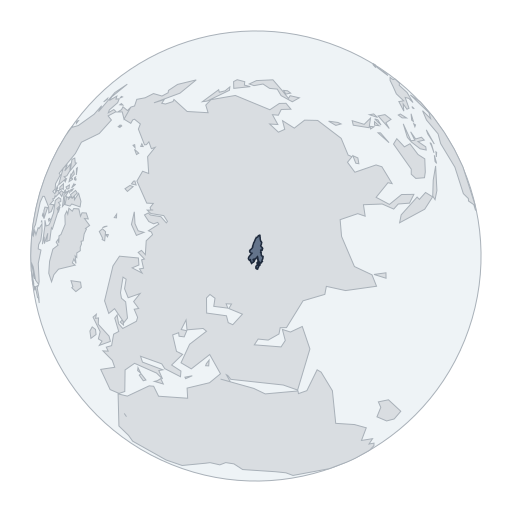 globe centered on Kyrgyzstan, rotated 292°
{"feature_id": "KGZ", "entity_name": "Kyrgyzstan", "entity_type": "country or territory", "adm_level": 0, "iso_a3": "KGZ", "parent_name": "Asia", "parent_adm1": "", "projection": "orthographic", "projection_center": [73.132, 41.224], "detail": "fine", "context": "on_globe", "style": "filled", "palette": "slate", "viewbox_px": 512, "rotation_deg": 292, "n_neighbors": 0, "source": "natural_earth", "source_scale": "50m", "svg_char_len": 14950}
<svg xmlns="http://www.w3.org/2000/svg" viewBox="0 0 512 512"><g transform="rotate(292 256 256)"><circle cx="256" cy="256" r="225" fill="#eef3f6" stroke="#a8b0b8"/><path d="M302.6,35.6L302.0,35.5L299.4,34.9L302.6,35.6ZM297.3,34.5L296.7,34.5L302.2,35.8L306.0,36.8L310.4,42.4L326.8,52.8L337.5,56.6L330.9,55.9L354.7,63.9L367.1,72.3L349.7,62.7L345.3,61.8L352.1,67.1L349.0,67.4L350.5,70.3L346.3,70.3L336.5,65.3L333.5,65.4L338.5,69.3L337.4,72.2L330.5,66.4L327.9,71.0L310.9,64.8L296.1,51.5L283.3,50.1L259.0,42.5L257.9,44.2L247.9,43.1L242.8,44.7L239.8,43.4L238.4,46.0L242.2,47.0L242.8,48.5L240.2,49.8L235.8,48.1L236.5,47.2L233.8,47.4L232.8,46.1L231.8,47.4L226.8,45.6L227.8,49.3L220.5,49.5L218.3,47.8L223.7,45.4L232.0,37.5L231.5,36.0L225.2,35.7L202.4,39.8L199.6,39.6L192.0,41.0L191.1,42.0L196.8,41.3L193.3,44.0L200.6,43.4L200.2,44.6L205.6,45.5L199.2,48.2L190.0,50.6L185.2,50.2L181.0,51.4L181.0,54.4L167.6,56.9L151.1,64.5L148.3,65.1L150.9,60.8L162.5,53.5L165.9,50.0L157.9,55.4L150.9,57.8L147.4,59.7L144.4,61.7L144.8,62.2L141.3,63.9L147.8,58.7L151.1,57.0L149.0,58.5L154.4,55.4L158.8,52.8L157.3,53.5L171.9,47.0L186.9,41.6L202.3,37.2L217.9,34.0L233.7,31.8L249.6,30.8L265.6,30.9L281.5,32.2L297.3,34.5ZM308.2,37.4L302.6,35.9L298.7,34.8L303.8,35.9L308.2,37.4ZM315.0,40.7L311.6,39.8L312.9,39.2L314.4,39.9L315.0,40.7ZM345.8,59.5L341.8,57.0L346.7,59.4L345.8,59.5ZM351.5,70.7L353.6,71.5L353.5,72.7L351.5,70.7ZM208.8,44.0L207.3,44.7L207.1,44.2L208.8,44.0ZM212.7,43.9L213.5,42.7L215.5,42.5L214.9,43.2L212.7,43.9ZM346.9,74.1L346.1,76.1L345.2,73.1L346.9,74.1ZM211.1,45.4L218.8,42.3L222.3,42.0L222.9,44.6L211.1,45.4ZM344.5,76.8L342.7,82.3L347.2,84.2L333.4,82.4L339.5,78.0L337.7,73.8L341.3,76.5L344.5,76.8ZM244.5,46.8L240.4,45.8L246.2,45.6L244.5,46.8ZM248.1,46.3L265.3,44.3L270.0,46.8L263.3,46.8L271.5,49.4L265.4,51.5L259.5,50.6L257.6,48.4L256.7,50.9L248.1,46.3ZM326.1,80.7L324.2,81.5L324.3,79.8L326.1,80.7ZM243.5,49.2L246.5,48.4L250.9,50.4L245.6,52.4L245.9,51.1L243.5,49.2ZM276.6,49.2L278.9,51.3L274.6,53.5L274.9,54.7L265.6,51.8L276.6,49.2ZM243.6,51.2L242.8,53.4L238.4,53.6L240.8,50.1L243.6,51.2ZM254.3,50.2L256.1,51.3L253.3,51.3L254.3,50.2ZM222.1,56.4L225.7,55.1L228.2,55.9L222.1,56.4ZM242.8,54.2L244.4,54.1L245.8,54.4L244.4,55.9L242.8,54.2ZM263.2,53.7L261.0,54.3L266.8,55.0L263.8,56.9L258.2,54.8L259.3,56.5L258.4,57.2L254.9,54.8L263.2,53.7ZM247.2,58.3L239.0,56.7L231.9,58.8L229.4,58.0L241.3,54.9L247.2,58.3ZM252.0,56.4L248.5,57.3L247.2,55.7L248.8,54.0L252.0,56.4ZM263.8,59.1L269.9,56.7L270.9,57.3L263.8,59.1ZM245.4,59.2L247.4,59.6L245.0,59.5L245.4,59.2ZM258.4,59.4L260.4,58.4L261.6,59.1L258.4,59.4ZM249.8,61.4L247.1,60.8L248.1,59.5L249.8,61.4ZM253.9,60.7L255.0,62.0L250.1,59.5L254.7,60.1L253.9,60.7ZM259.2,60.3L260.5,60.3L258.2,60.6L259.2,60.3ZM247.5,66.7L241.0,63.8L243.3,61.0L249.2,64.1L247.5,66.7ZM102.2,420.6L99.1,417.6L86.1,403.4L66.4,372.5L66.2,365.0L63.3,354.9L53.0,323.6L55.0,313.4L53.1,305.3L48.8,300.7L47.2,290.8L45.0,286.9L34.1,266.0L33.2,249.0L38.1,211.0L41.9,205.1L47.0,192.6L76.5,179.8L77.9,189.2L95.6,205.6L96.9,209.9L89.5,218.2L98.5,245.9L107.7,241.6L121.1,260.4L133.5,267.2L147.3,250.0L127.1,238.3L128.9,226.5L149.3,227.5L167.7,238.3L169.0,234.1L161.7,219.7L170.5,215.1L159.8,214.2L160.8,219.8L154.1,219.7L152.8,214.7L155.9,213.0L151.6,208.3L137.8,218.0L137.3,224.8L123.3,218.6L121.2,229.5L115.8,231.2L117.4,213.6L120.7,209.0L119.8,186.5L115.1,190.5L115.6,212.3L113.4,208.8L107.0,215.4L110.2,207.7L111.0,183.6L101.3,177.3L81.2,185.1L77.3,180.5L77.5,170.8L92.7,154.5L99.9,166.7L105.4,161.9L110.7,149.6L112.4,154.6L115.4,151.3L118.8,155.7L130.2,153.3L134.6,157.0L145.5,148.3L149.3,149.3L141.7,154.0L138.9,159.6L150.7,169.6L154.8,169.2L161.0,163.0L163.4,166.9L167.9,159.6L177.8,162.6L169.4,153.1L176.4,146.4L185.8,144.3L186.6,140.6L171.2,144.1L166.4,147.1L164.7,152.3L150.3,160.1L144.9,158.5L154.2,144.6L147.6,141.0L157.7,132.4L193.2,127.1L204.7,129.5L210.1,147.7L203.8,150.8L198.6,145.6L197.5,156.8L200.4,152.8L202.5,156.3L209.6,151.4L211.4,153.7L215.2,145.4L218.3,147.7L215.8,152.9L229.0,148.5L237.0,152.1L239.1,150.0L239.1,146.8L249.2,154.0L250.3,152.2L247.5,149.1L247.8,143.7L252.3,137.2L255.6,140.0L254.4,142.7L256.8,153.1L253.1,160.4L254.9,161.0L258.9,155.3L256.0,142.6L257.8,137.9L260.1,143.5L259.4,141.1L261.3,139.7L266.3,141.1L264.1,134.9L280.9,117.5L292.1,119.1L292.3,125.6L307.5,118.3L319.0,121.8L316.3,118.8L321.7,113.9L318.2,112.7L317.3,111.0L329.6,99.4L335.1,99.3L337.3,92.1L336.0,90.7L332.1,90.2L333.4,82.4L347.2,84.2L349.6,87.2L356.6,86.8L361.2,94.0L368.2,100.1L369.1,108.9L374.5,113.4L376.7,112.8L385.7,119.0L396.9,134.6L378.5,124.5L359.8,104.0L366.6,112.3L362.3,111.4L363.0,115.1L368.1,121.2L370.4,121.3L364.2,138.0L370.9,157.9L377.1,152.9L384.1,155.7L397.1,176.7L396.8,214.1L406.2,220.5L408.8,226.6L405.2,233.4L401.3,224.5L394.9,224.0L393.2,218.3L386.1,227.0L383.5,219.2L379.2,230.4L384.2,235.2L391.4,229.9L388.9,243.6L400.2,250.2L404.8,262.4L397.0,290.9L384.1,303.6L384.0,307.8L377.2,305.7L370.7,316.3L385.4,333.2L385.9,339.3L374.1,355.1L373.4,350.9L355.4,345.4L353.8,360.4L367.5,367.9L372.3,379.3L362.5,378.5L357.5,368.4L351.1,366.1L351.5,353.6L343.8,336.4L333.8,342.3L333.4,334.5L321.2,320.4L306.2,328.0L283.1,351.2L282.0,370.6L273.1,379.1L257.5,352.0L254.2,332.6L246.2,334.2L232.1,316.4L201.0,311.1L198.6,305.3L192.3,306.5L182.6,298.8L179.8,289.1L173.0,287.7L181.1,313.3L188.6,314.8L197.8,308.0L198.4,316.4L208.0,325.3L190.0,340.8L147.3,344.8L146.6,329.6L132.2,278.8L134.6,274.7L134.7,274.1L134.8,273.0L129.8,279.3L128.6,269.3L132.4,303.5L131.6,316.2L146.6,345.5L144.3,346.9L150.2,353.6L173.4,355.3L172.7,359.9L159.7,377.3L130.7,392.6L136.6,410.4L138.0,422.6L124.5,422.9L130.3,432.5L124.0,431.2L126.7,435.5L124.3,436.4L118.5,434.1L106.0,424.1L102.2,420.6ZM60.7,192.8L58.5,196.1L60.7,192.8ZM183.6,260.2L197.0,265.2L197.1,250.5L202.3,251.3L200.5,246.2L197.1,249.4L193.5,235.7L201.5,233.8L203.1,227.7L198.6,225.8L184.6,231.6L189.5,251.0L183.8,255.2L183.6,260.2ZM150.6,58.1L149.9,58.6L146.5,60.7L147.2,59.9L150.6,58.1ZM136.7,70.0L131.2,72.6L135.6,70.0L135.6,69.1L144.7,63.0L147.3,65.2L144.5,65.1L136.7,70.0ZM157.7,56.1L151.6,59.3L158.2,55.7L157.7,56.1ZM128.9,130.7L127.8,134.7L123.3,137.1L117.8,133.8L124.2,130.1L128.9,130.7ZM127.4,139.9L138.3,127.8L142.2,129.8L138.1,130.6L139.6,133.2L133.6,135.3L126.7,149.7L122.3,153.0L114.4,144.2L119.4,145.1L120.1,140.9L127.4,139.9ZM159.0,97.7L163.8,93.7L166.1,103.1L161.4,105.8L155.5,102.3L157.6,97.1L159.0,97.7ZM210.7,51.0L212.3,49.8L213.5,50.2L213.1,51.5L210.7,51.0ZM223.6,55.7L204.7,57.1L205.6,55.7L193.4,58.9L191.1,56.5L199.1,54.4L188.2,55.2L194.5,52.3L186.9,53.5L204.9,49.0L210.1,46.9L205.2,50.1L207.1,52.3L209.5,52.6L220.2,52.1L232.4,49.1L236.3,51.2L235.8,53.6L233.4,54.6L231.7,52.8L229.8,55.5L225.5,53.7L223.6,55.7ZM227.5,86.6L226.5,82.9L222.0,90.3L217.6,87.6L217.4,88.7L212.1,88.4L205.3,90.0L204.1,88.3L201.9,89.7L198.4,89.7L195.1,91.1L191.7,88.7L187.4,90.4L188.3,88.3L181.7,91.9L185.1,88.2L180.8,88.3L179.8,91.8L169.8,77.8L163.0,75.6L155.5,76.1L162.4,70.3L173.8,66.6L186.3,65.1L191.9,68.4L194.0,65.5L197.3,66.3L194.3,68.2L200.9,65.8L202.8,67.1L213.9,67.2L222.3,63.5L226.6,63.7L224.3,65.8L230.2,64.6L228.7,68.9L231.7,69.2L233.3,74.1L227.1,78.4L230.9,78.5L232.3,82.5L227.5,86.6ZM247.6,68.1L241.1,73.2L235.6,74.5L235.2,65.7L232.6,64.8L232.1,59.7L240.3,58.1L239.6,59.7L240.9,60.8L237.9,60.8L241.3,61.7L240.6,64.0L243.0,65.4L240.2,66.6L247.6,68.1ZM101.7,208.8L103.3,211.1L106.6,213.6L102.6,218.0L101.7,208.8ZM101.8,192.4L103.8,193.5L99.8,200.4L98.1,198.2L101.8,192.4ZM108.3,188.4L104.2,193.0L105.4,189.2L108.3,188.4ZM143.9,154.8L146.4,155.8L145.3,157.5L142.4,159.0L143.9,154.8ZM213.4,110.0L213.6,107.2L215.2,106.9L220.0,101.5L223.7,103.4L222.2,107.4L213.4,110.0ZM141.9,251.5L136.4,253.3L135.4,250.4L137.5,250.3L141.9,251.5ZM117.0,235.5L121.1,241.8L115.9,236.7L117.0,235.5ZM218.1,111.1L219.7,108.6L220.5,111.1L218.1,111.1ZM226.6,104.5L228.1,107.0L224.7,103.0L226.6,104.5ZM245.1,481.0L245.4,481.0L245.1,481.0ZM172.3,432.7L166.3,448.4L156.7,445.2L152.0,438.9L152.2,428.4L162.4,428.4L166.6,424.1L172.3,432.7ZM415.4,386.1L420.0,383.8L419.7,384.7L415.4,386.1ZM410.7,386.6L416.2,383.6L409.5,388.8L410.7,386.6ZM418.3,382.4L423.9,377.5L426.3,374.8L425.7,376.6L418.3,382.4ZM406.8,388.8L384.5,399.2L375.3,400.9L377.8,397.4L392.7,391.9L406.8,388.8ZM377.0,397.6L362.6,394.9L340.6,376.7L348.5,375.2L371.0,383.3L369.7,386.3L378.4,389.4L377.0,397.6ZM410.8,368.2L409.3,376.1L397.3,381.5L391.7,382.9L387.8,375.1L390.0,369.3L394.7,367.4L411.3,341.6L417.5,342.6L412.8,352.7L417.7,356.7L410.8,368.2ZM283.1,372.3L289.1,382.8L284.1,384.9L283.1,372.3ZM416.8,325.3L410.9,336.9L415.9,323.0L416.8,325.3ZM419.0,313.2L420.0,317.0L416.7,314.7L419.0,313.2ZM385.1,313.7L380.1,316.8L379.4,313.8L385.3,308.2L385.1,313.7ZM408.2,272.8L410.5,281.9L410.3,285.4L407.0,281.1L408.2,272.8ZM251.4,126.6L240.6,131.7L235.2,137.3L236.0,143.3L230.3,137.4L238.6,128.7L251.4,126.6ZM276.9,118.2L276.2,113.5L279.5,114.4L280.2,115.6L276.9,118.2ZM274.3,116.1L267.7,112.6L269.3,109.3L274.2,112.7L274.3,116.1ZM242.6,111.1L239.1,112.4L238.5,110.2L242.6,111.1ZM416.3,414.3L386.1,439.4L380.4,442.6L385.2,438.7L386.6,432.4L388.8,431.4L391.5,424.9L412.9,407.1L429.4,385.1L437.5,379.0L445.9,363.2L453.1,356.0L448.8,366.4L453.7,362.6L463.2,338.7L460.4,350.8L451.5,368.0L441.1,384.4L429.3,399.9L416.3,414.3ZM426.6,379.4L433.5,369.6L436.8,366.6L426.6,379.4ZM478.3,292.6L478.2,293.0L478.3,292.4L478.3,292.2L478.3,292.6ZM470.9,316.9L472.2,318.6L470.0,324.2L467.9,324.9L464.2,334.8L457.1,344.1L459.4,338.6L458.9,334.9L450.3,342.5L448.6,341.0L452.1,335.5L445.7,338.8L452.7,330.6L455.2,334.8L458.9,325.4L464.5,319.6L469.1,314.5L471.9,313.4L470.9,316.9ZM451.9,345.7L453.0,344.6L451.8,347.6L451.9,345.7ZM477.8,293.3L478.1,293.6L477.9,294.7L477.7,295.7L477.8,293.3ZM472.7,310.7L476.1,298.1L476.7,296.5L474.3,307.6L472.7,310.7ZM475.7,296.1L476.9,293.6L477.2,295.0L476.9,296.5L475.7,296.1ZM437.7,352.7L437.3,354.8L435.3,354.9L437.7,352.7ZM440.3,349.4L446.0,346.5L439.7,351.5L440.3,349.4ZM420.9,356.5L422.8,359.9L429.1,352.8L424.3,360.2L428.1,364.9L426.5,368.6L422.8,363.3L420.8,372.5L418.0,374.1L416.9,368.0L419.9,357.4L422.7,351.9L433.7,343.0L420.9,356.5ZM440.4,343.9L438.8,339.7L440.0,335.1L441.7,336.6L440.4,343.9ZM433.3,330.0L428.2,326.5L424.1,331.8L431.6,316.8L435.4,322.6L433.3,330.0ZM427.9,318.0L424.2,322.9L427.6,314.7L427.9,318.0ZM422.9,321.3L421.7,316.9L425.0,315.5L422.9,321.3ZM430.0,316.8L429.5,308.3L431.8,311.9L430.0,316.8ZM418.6,307.0L426.8,310.5L417.3,312.8L413.7,297.2L417.5,294.5L418.6,307.0ZM420.0,227.1L417.3,223.0L419.9,219.5L421.0,223.3L420.0,227.1ZM425.7,205.7L419.7,217.3L414.3,227.1L417.4,227.6L418.9,236.9L412.6,231.9L414.1,219.2L418.7,213.2L416.5,205.8L418.1,198.1L413.2,190.3L413.0,185.3L418.8,190.7L425.7,205.7ZM410.9,187.3L403.1,172.6L409.3,169.9L412.4,172.5L413.4,180.3L410.1,181.2L410.9,187.3ZM403.0,168.4L399.7,169.3L381.3,152.6L379.0,148.5L396.2,159.1L394.1,160.6L397.5,165.4L403.0,168.4ZM326.3,82.8L324.4,81.6L326.8,81.8L326.3,82.8ZM315.2,110.4L314.4,108.1L317.3,108.1L315.2,110.4ZM313.8,101.8L311.1,103.3L312.6,100.5L313.8,101.8ZM305.3,107.2L309.4,103.4L307.4,108.8L305.3,107.2Z" fill="#d9dde1" stroke="#a8b0b8" stroke-width="1"/><path d="M249.5,259.8L249.6,259.7L249.9,259.7L250.5,259.6L251.0,259.8L251.3,259.9L251.5,259.9L251.6,260.0L251.9,260.0L252.1,259.9L252.3,259.8L252.5,259.8L252.5,259.7L253.0,259.1L253.3,259.0L253.7,259.2L253.8,259.1L253.7,258.8L253.7,258.7L253.8,258.6L254.3,258.7L254.6,258.6L254.9,258.4L255.9,257.7L256.0,257.6L255.6,257.4L255.4,257.5L255.2,257.5L255.1,257.4L254.6,257.4L254.1,256.9L253.9,256.8L253.7,256.7L253.3,256.8L253.2,256.8L253.2,256.6L253.2,256.4L253.1,256.2L252.8,256.2L252.5,256.1L252.3,256.1L252.2,255.6L252.1,255.4L252.1,255.2L251.9,255.2L251.8,254.8L251.7,254.7L251.5,254.9L251.5,255.1L251.5,255.4L251.4,255.5L251.2,255.6L250.9,255.5L250.9,256.3L250.6,256.2L250.3,256.3L250.0,256.2L249.8,256.1L249.6,256.0L249.3,255.9L249.1,255.8L248.9,255.2L248.7,255.0L248.2,255.1L247.6,254.8L247.4,254.7L248.1,253.9L248.5,253.5L248.7,253.3L249.0,253.2L249.3,252.8L249.4,252.7L249.5,252.7L249.9,252.6L250.5,252.2L250.4,252.1L250.2,251.9L249.9,251.8L249.7,251.8L249.5,251.7L249.7,251.2L249.8,251.1L249.9,250.8L250.1,250.6L250.3,250.3L250.6,250.0L251.1,249.8L251.3,249.9L251.6,249.8L252.0,249.7L253.2,249.9L253.5,250.0L254.3,250.3L254.7,250.3L254.9,250.4L255.0,250.6L256.2,250.9L256.4,251.0L256.5,251.1L256.8,251.3L257.0,251.3L256.8,250.6L256.9,250.2L257.2,249.0L257.4,248.8L257.7,248.7L258.2,248.5L258.3,248.2L258.7,248.3L258.9,248.2L259.0,248.2L259.5,248.3L260.3,248.8L260.8,249.1L261.5,249.3L262.4,249.6L263.2,249.6L263.3,249.6L263.6,249.2L263.8,249.1L264.1,249.2L264.9,249.2L265.7,249.1L266.1,249.1L267.0,248.9L267.3,248.9L267.8,249.1L268.2,249.1L268.5,249.1L268.9,249.1L269.4,249.1L270.1,249.2L270.8,249.1L271.1,249.1L271.5,249.1L271.9,249.2L272.3,249.3L272.6,249.4L272.8,249.4L273.1,249.4L273.3,249.3L273.5,249.7L273.8,249.9L274.0,250.2L274.2,250.4L274.4,250.5L274.7,250.5L275.3,250.5L275.7,250.6L276.1,251.0L276.6,251.4L276.6,251.6L276.7,251.9L276.6,252.0L275.8,252.1L275.6,252.2L275.4,252.6L274.6,253.0L274.2,253.2L273.6,253.4L272.5,254.1L271.9,254.6L271.6,254.8L271.4,255.0L271.4,255.3L270.8,256.2L270.3,256.3L269.9,256.3L269.6,256.4L269.2,256.6L268.3,256.5L268.0,256.6L267.4,256.5L267.2,256.5L266.6,257.4L266.5,257.5L266.4,257.7L266.4,258.0L266.3,258.3L266.1,258.6L266.0,258.9L265.8,259.1L265.5,259.3L265.4,259.0L265.2,259.0L264.8,259.1L264.6,259.2L264.2,259.5L263.6,259.5L263.6,259.4L263.4,258.7L263.3,258.3L263.2,258.3L263.1,258.2L262.3,258.8L261.9,259.0L261.6,259.0L261.2,258.8L261.0,259.0L261.1,259.4L261.1,259.5L260.9,259.5L260.6,259.5L260.4,259.7L259.8,260.2L259.3,260.4L258.9,260.5L258.7,260.6L258.4,260.9L258.3,261.3L258.2,261.5L258.3,261.9L258.4,262.3L258.3,262.5L258.2,262.6L258.1,262.8L257.8,262.9L257.5,263.0L257.3,262.9L257.0,262.9L256.8,263.0L256.6,263.1L256.3,263.3L255.9,263.3L255.4,263.3L255.2,263.3L254.5,263.2L254.3,263.3L254.0,263.3L253.6,263.4L253.4,263.7L253.3,263.9L253.0,263.7L252.8,263.5L252.7,263.3L252.0,263.6L251.9,263.6L251.7,263.5L251.8,263.2L251.7,263.0L251.6,262.9L251.2,262.9L251.1,262.7L251.1,262.4L250.8,262.3L250.5,262.5L250.4,262.6L250.1,262.6L249.9,262.7L249.7,262.7L249.5,263.0L248.9,263.1L248.7,263.0L248.6,262.8L248.4,262.4L248.2,262.4L247.7,262.3L247.2,262.5L247.1,262.3L246.9,262.4L246.4,262.4L245.8,262.4L245.5,262.3L245.3,262.3L244.9,262.4L244.7,262.4L244.4,262.4L244.4,261.9L244.2,261.5L244.3,261.2L244.4,260.9L244.5,260.7L244.7,260.8L244.8,260.9L245.0,260.9L245.0,260.6L245.1,260.3L245.2,260.2L245.9,260.0L246.5,259.8L246.8,260.0L247.4,260.3L247.7,260.4L247.9,260.5L248.1,260.9L248.4,260.8L248.4,260.7L248.5,260.4L248.8,260.2L249.4,260.0L249.5,259.9L249.5,259.8ZM250.2,261.2L250.1,260.8L250.3,260.6L250.0,260.5L249.8,260.4L249.7,260.1L249.5,260.4L249.5,260.6L249.7,260.8L249.6,261.1L249.8,261.2L250.0,261.2L250.2,261.2ZM248.7,261.4L248.3,261.2L248.1,261.2L248.1,261.4L248.2,261.5L248.4,261.5L248.7,261.4ZM251.9,261.0L252.0,260.8L251.9,260.8L251.6,260.9L251.6,261.0L251.8,261.1L251.9,261.0Z" fill="#64748b" stroke="#1e293b" stroke-width="1.5"/></g></svg>